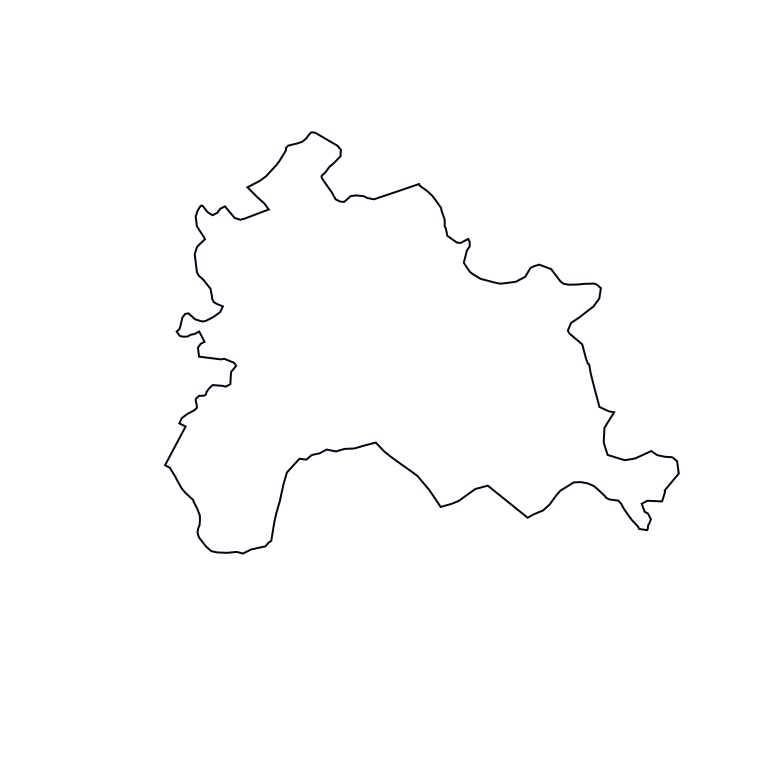 Kafr Saqr, Ash Sharqiyah, Egypt, rotated 241°
{"feature_id": "37247803B80912790531935", "entity_name": "Kafr Saqr", "entity_type": "district", "adm_level": 2, "iso_a3": "EGY", "parent_name": "Egypt", "parent_adm1": "Ash Sharqiyah", "projection": "albers", "projection_center": [31.663, 30.836], "detail": "fine", "context": "isolated", "style": "outline", "palette": "ink", "viewbox_px": 768, "rotation_deg": 241, "n_neighbors": 0, "source": "geoboundaries", "source_scale": "gbopen_adm2", "svg_char_len": 4246}
<svg xmlns="http://www.w3.org/2000/svg" viewBox="0 0 768 768"><g transform="rotate(241 384 384)"><path d="M635.8,411.4L629.7,400.6L627.7,396.3L626.7,393.1L622.8,381.3L621.9,373.8L622.2,359.9L619.6,360.7L608.4,363.9L599.9,366.9L594.8,367.5L592.5,367.8L596.2,342.3L597.3,338.0L601.6,333.9L616.5,331.0L616.6,325.7L614.6,321.4L614.7,316.0L617.9,314.0L620.0,313.0L627.9,311.7L628.7,310.1L627.7,308.0L625.7,304.7L621.6,300.4L618.4,299.2L613.2,297.0L611.1,296.9L599.5,297.7L597.4,297.6L595.5,290.1L594.5,286.9L592.2,284.5L591.4,283.6L589.3,281.4L572.6,274.6L568.4,274.5L563.1,276.5L556.8,277.5L551.5,278.4L544.2,276.1L542.1,275.0L540.0,274.9L537.9,274.9L534.7,276.9L530.0,280.7L526.3,275.6L525.4,268.1L525.4,263.9L525.6,258.6L526.7,255.4L529.9,252.3L532.1,250.2L540.6,247.2L541.7,244.0L541.2,242.9L539.7,239.7L533.5,234.2L531.4,232.0L530.4,228.1L525.2,228.7L523.0,230.8L520.8,235.0L520.7,239.2L519.6,242.4L519.5,247.8L507.9,247.5L508.0,243.2L506.0,238.9L497.6,235.5L484.6,253.3L483.5,256.5L475.3,263.1L474.5,263.2L471.7,263.6L470.7,261.5L468.7,256.1L463.5,252.8L458.3,249.5L458.4,245.6L458.5,244.1L460.6,242.0L466.1,233.7L465.1,229.4L463.1,225.0L461.0,222.9L461.1,220.7L463.3,216.5L462.3,212.2L460.2,211.1L456.0,209.9L453.9,208.8L453.0,205.6L453.1,197.1L452.2,190.7L448.8,185.9L445.5,188.2L443.0,189.9L419.1,153.1L414.5,156.1L413.5,156.1L408.9,156.3L403.4,156.6L402.6,156.4L393.2,156.4L390.7,156.4L384.9,157.6L378.5,159.7L375.3,160.8L372.8,160.4L365.4,160.2L358.3,159.2L356.4,158.2L353.8,156.8L349.9,154.2L347.9,151.6L344.2,148.7L339.6,147.8L338.1,148.0L328.5,149.5L324.6,150.8L321.9,151.8L320.7,152.8L317.4,156.7L312.3,165.1L309.0,172.8L308.3,174.1L304.1,178.4L303.8,184.9L303.8,187.2L300.9,196.9L299.5,201.6L301.3,206.5L301.3,207.5L301.4,209.3L317.0,221.6L323.4,227.4L326.0,230.0L329.0,233.0L331.8,235.9L336.3,239.8L344.1,246.7L345.0,247.4L353.7,256.2L357.1,266.3L359.6,273.8L355.5,279.4L356.9,286.5L354.6,294.0L354.5,302.0L348.3,309.3L346.6,316.9L346.1,318.5L345.0,320.8L342.3,326.1L341.6,328.3L339.9,336.3L336.7,348.5L333.3,349.3L325.2,351.4L323.7,352.0L316.6,354.9L315.8,355.3L308.5,358.7L298.5,363.5L287.7,368.6L280.4,370.0L269.6,372.2L258.3,373.2L250.1,373.9L249.0,373.9L246.4,385.0L246.3,385.9L245.5,392.5L245.6,393.5L247.9,412.8L246.4,419.0L244.8,425.5L197.4,444.8L197.4,452.1L196.3,461.7L198.2,470.2L200.2,474.5L203.2,481.0L205.2,486.4L205.9,502.4L202.7,508.7L201.6,510.0L198.3,514.0L193.0,518.1L187.7,520.1L178.1,523.1L177.0,523.0L173.8,525.1L168.4,532.4L164.2,533.4L160.3,533.3L158.9,533.3L150.5,534.1L144.1,535.0L136.7,537.0L133.5,536.9L128.6,543.3L129.2,544.3L132.3,546.5L134.3,549.7L136.4,551.9L140.6,552.0L142.7,552.1L145.9,550.0L154.3,551.3L154.2,557.7L146.5,570.3L149.8,573.8L153.8,577.9L154.8,577.9L162.8,598.4L174.3,602.9L179.6,600.9L180.7,599.9L184.0,594.6L189.4,588.4L195.8,585.3L196.3,578.2L197.2,567.2L200.6,557.7L204.5,553.9L209.2,549.4L213.5,545.2L226.1,547.7L238.6,555.4L240.6,558.7L246.2,568.9L247.7,571.6L251.0,567.5L255.2,564.4L259.5,561.3L270.9,564.2L273.1,564.7L276.2,565.5L293.0,569.9L301.5,572.9L302.9,572.2L304.9,572.5L308.8,573.1L311.5,573.8L322.5,576.6L326.3,575.2L338.4,570.6L341.6,570.7L346.7,577.2L347.5,586.8L350.3,605.0L354.4,613.7L362.7,620.2L368.0,618.2L370.1,616.2L374.5,607.7L376.7,602.5L381.1,594.0L384.4,589.8L388.1,588.1L402.4,586.0L403.4,586.0L404.5,585.0L413.1,577.7L414.3,572.4L414.4,568.2L411.7,563.6L409.3,559.5L409.5,548.9L412.8,540.4L415.0,535.1L417.2,532.0L420.5,528.5L429.1,519.5L433.6,516.9L436.8,515.0L440.8,513.4L448.2,512.8L451.4,512.6L455.2,516.2L460.7,521.3L462.7,525.6L466.9,527.9L468.1,527.9L469.0,527.9L470.0,527.9L470.1,525.8L470.2,519.4L472.4,516.3L476.7,514.2L483.0,511.2L486.2,512.3L490.3,513.5L492.5,513.5L494.5,514.7L496.6,515.8L498.7,516.9L507.1,518.2L510.3,519.3L518.7,518.4L525.0,517.5L531.4,515.5L539.9,511.5L542.0,511.5L542.1,510.5L546.1,488.2L550.4,464.8L554.7,459.6L557.9,457.5L562.3,451.3L564.5,446.0L563.5,441.7L562.6,437.4L564.7,434.2L569.0,431.2L572.2,431.2L576.4,431.3L592.3,429.6L595.4,429.7L596.4,430.7L597.4,435.0L600.4,441.5L601.4,446.9L604.3,456.5L606.4,457.6L607.2,458.2L609.5,459.8L614.8,458.9L637.2,445.6L639.4,442.4L638.4,439.2L636.4,434.9L635.5,429.6L636.6,424.3L638.9,415.8L637.9,412.6L635.8,411.4Z" fill="none" stroke="#020617" stroke-width="2"/></g></svg>